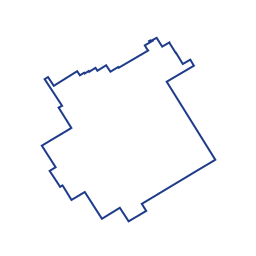 the district of Pehuajó, Buenos Aires, Argentina, rotated 193°
{"feature_id": "61730980B33030242655186", "entity_name": "Pehuajó", "entity_type": "district", "adm_level": 2, "iso_a3": "ARG", "parent_name": "Argentina", "parent_adm1": "Buenos Aires", "projection": "robinson", "projection_center": [-61.837, -35.91], "detail": "fine", "context": "isolated", "style": "outline", "palette": "blue", "viewbox_px": 256, "rotation_deg": 193, "n_neighbors": 0, "source": "geoboundaries", "source_scale": "gbopen_adm2", "svg_char_len": 790}
<svg xmlns="http://www.w3.org/2000/svg" viewBox="0 0 256 256"><g transform="rotate(193 128 128)"><path d="M166.9,45.2L155.7,55.9L133.0,33.7L118.0,48.4L106.4,37.2L91.6,51.3L97.5,57.2L53.3,99.9L35.8,116.7L100.7,181.8L77.8,203.5L82.7,208.6L89.0,202.7L98.2,212.1L98.4,211.9L106.5,220.0L106.9,220.7L113.0,215.0L120.4,222.3L124.0,219.1L123.5,218.6L124.9,217.4L125.8,218.4L127.0,217.4L125.9,216.3L130.2,212.3L127.9,209.8L125.8,208.0L150.6,184.6L151.3,185.2L157.8,178.9L163.4,184.2L170.7,176.9L173.2,179.3L178.5,174.0L179.1,174.7L182.5,171.3L183.2,172.0L186.7,168.5L190.3,171.9L209.8,152.4L217.4,159.6L220.2,156.8L216.3,153.1L197.2,134.8L200.2,132.3L183.2,115.3L208.0,91.4L189.7,73.5L194.7,68.6L180.9,55.4L179.0,57.3L178.1,56.6L166.9,45.2Z" fill="none" stroke="#1e3a8a" stroke-width="2"/></g></svg>